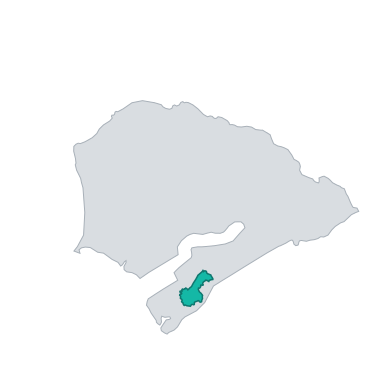 Sedhiou, Sédhiou, Senegal shown in context, rotated 328°
{"feature_id": "50182788B34006486463131", "entity_name": "Sedhiou", "entity_type": "district", "adm_level": 2, "iso_a3": "SEN", "parent_name": "Senegal", "parent_adm1": "Sédhiou", "projection": "natural_earth1", "projection_center": [-15.59, 12.794], "detail": "fine", "context": "in_parent", "style": "filled", "palette": "teal", "viewbox_px": 384, "rotation_deg": 328, "n_neighbors": 0, "source": "geoboundaries", "source_scale": "gbopen_adm2", "svg_char_len": 7646}
<svg xmlns="http://www.w3.org/2000/svg" viewBox="0 0 384 384"><g transform="rotate(328 192 192)"><path d="M284.5,176.8L288.6,184.8L287.7,188.7L286.8,194.3L289.1,198.4L291.8,201.0L293.7,203.5L295.8,206.9L296.2,213.6L295.8,218.4L297.2,220.6L298.4,223.4L298.1,225.7L297.4,227.8L294.8,230.5L294.4,235.5L298.6,241.6L301.3,244.9L301.3,246.8L302.0,248.9L304.0,251.3L305.2,250.8L306.5,248.8L307.1,247.4L310.7,248.0L312.4,248.6L314.7,252.6L315.5,255.3L316.1,258.6L318.5,262.8L320.6,265.7L321.0,267.5L322.9,270.0L321.8,275.5L321.9,278.3L320.7,285.7L320.4,289.2L320.5,290.5L323.4,293.1L323.1,296.8L320.2,296.2L315.2,295.7L305.2,297.7L301.7,296.9L295.2,297.1L290.5,298.2L284.5,300.6L279.9,300.0L277.4,298.1L274.1,298.2L270.4,297.2L266.5,295.4L262.9,294.4L259.0,291.0L257.2,290.4L255.9,291.3L254.8,292.5L253.7,293.2L251.6,292.5L250.8,290.2L251.5,288.0L251.7,286.3L250.7,285.4L248.3,285.1L244.5,285.1L238.3,284.4L236.9,284.0L223.0,283.4L208.7,283.3L196.6,283.2L181.2,283.2L170.4,283.1L160.4,283.1L152.6,287.6L144.2,292.5L132.9,295.1L119.9,294.2L115.7,294.9L111.4,297.1L108.2,298.7L103.7,299.6L97.9,298.8L95.6,299.3L94.1,297.1L92.5,293.4L93.5,290.8L97.1,289.1L102.4,286.8L105.2,288.0L106.8,288.0L107.1,286.6L106.6,285.8L102.6,283.9L100.5,281.3L98.8,282.8L97.3,286.0L96.1,286.9L94.2,287.8L93.2,285.6L92.8,283.6L93.6,282.0L93.2,272.9L93.7,268.1L93.4,263.9L96.0,261.1L98.3,259.4L107.6,259.2L116.3,259.1L124.6,259.2L133.1,259.3L134.0,250.9L136.7,250.2L140.7,249.3L148.2,248.3L156.5,247.3L158.3,245.7L159.7,242.9L160.6,240.4L162.3,239.3L164.6,240.2L167.7,241.5L170.9,243.5L174.5,245.4L176.9,246.6L182.7,249.5L192.7,253.7L200.9,255.3L210.8,252.3L217.9,250.4L218.8,246.7L217.7,243.2L212.4,240.0L205.1,240.3L202.9,241.2L199.5,242.3L197.5,242.7L194.1,242.0L189.8,239.2L187.0,236.3L183.2,235.0L178.7,233.7L171.5,227.9L167.7,226.9L164.1,226.6L157.2,227.7L150.5,230.8L147.0,237.8L140.3,237.7L126.0,237.5L112.9,237.3L102.1,237.8L101.0,232.7L98.4,228.6L94.3,225.1L93.3,221.9L94.8,219.1L98.8,216.8L99.7,215.2L97.6,215.4L94.4,216.9L92.3,217.0L92.0,212.5L88.5,206.8L84.6,197.0L80.1,193.1L76.3,185.2L72.4,182.2L68.7,180.8L65.6,181.1L64.5,184.6L60.6,179.5L65.9,177.6L77.2,171.1L90.2,152.6L101.8,130.6L103.3,125.4L104.8,121.4L105.7,112.4L107.4,107.1L108.9,106.1L110.9,101.9L113.3,94.7L116.0,90.7L119.0,90.0L121.3,90.3L123.0,91.8L127.9,92.7L136.0,93.1L142.2,92.0L146.7,89.5L152.5,88.2L159.7,88.2L163.5,87.1L163.8,85.1L164.8,84.4L166.3,85.3L167.7,84.9L169.0,83.5L170.3,83.4L171.6,84.6L177.7,85.0L188.4,84.5L198.4,88.3L207.5,96.4L212.2,101.7L212.5,104.4L214.0,107.2L216.8,109.9L219.2,110.4L221.5,108.7L223.3,108.9L224.6,111.0L227.2,111.4L230.1,110.1L232.1,110.5L232.5,111.8L233.0,112.4L234.4,112.7L236.3,114.3L238.9,118.6L241.1,124.6L242.8,132.3L245.0,136.4L247.7,137.1L249.3,138.7L249.6,140.5L250.4,141.8L251.7,142.4L254.0,142.0L256.7,144.6L259.7,150.2L260.1,152.8L259.7,154.1L259.9,155.1L261.8,156.1L263.6,157.9L265.1,160.7L268.4,163.1L273.3,165.3L276.9,168.5L279.1,172.8L283.6,176.4L284.5,176.8Z" fill="#d9dde1" stroke="#a8b0b8" stroke-width="1"/><path d="M125.3,284.1L125.5,284.1L125.9,284.1L126.1,284.2L126.5,284.4L126.7,284.6L127.0,285.3L127.2,285.6L127.4,285.7L127.8,286.1L128.0,286.3L128.2,286.5L128.6,286.8L129.1,287.1L129.3,287.3L130.0,288.0L130.3,288.0L131.0,287.6L131.3,287.5L131.4,287.4L131.8,287.3L132.0,287.2L132.6,287.4L132.9,287.7L133.0,287.8L133.4,288.3L133.8,288.6L134.1,288.6L134.4,288.5L134.6,288.3L134.7,288.1L134.8,288.0L134.8,287.9L135.0,287.6L135.4,287.1L135.5,287.1L135.8,287.0L135.8,286.9L136.0,286.9L136.3,286.8L136.6,286.8L136.9,286.9L137.0,286.9L137.4,287.0L137.6,287.1L138.1,287.3L138.3,287.3L138.5,287.3L138.8,287.3L139.3,287.3L139.5,287.3L139.8,287.5L140.0,287.7L140.1,287.8L140.2,288.0L140.1,288.4L140.1,288.7L140.2,289.1L140.3,289.3L140.6,289.7L140.8,289.9L141.0,290.0L141.4,290.1L141.5,290.1L141.8,290.1L142.0,290.1L142.2,289.9L142.4,289.7L142.6,289.4L142.9,288.9L143.3,288.7L143.8,288.3L144.3,288.1L144.4,287.9L144.5,287.8L144.6,287.6L144.9,286.9L145.0,286.7L145.6,285.8L146.2,285.3L146.2,285.2L146.2,284.8L146.0,282.7L145.9,282.3L145.8,281.9L145.6,281.5L145.4,280.7L145.4,280.3L145.4,279.9L145.5,279.6L145.5,279.3L145.5,279.2L145.6,278.9L145.7,278.0L145.8,277.7L146.1,277.5L146.2,277.4L146.3,277.3L146.4,277.2L146.5,277.0L146.6,276.9L146.7,277.0L147.0,277.2L147.2,277.4L147.5,277.5L147.9,277.5L148.1,277.4L148.8,277.1L149.1,276.9L149.3,276.8L149.5,276.4L149.7,276.2L149.8,275.8L149.9,275.7L150.0,275.6L150.3,275.7L150.7,275.9L151.1,276.3L151.3,276.5L151.5,276.6L151.8,276.8L152.1,276.8L152.3,276.7L152.4,276.3L152.3,275.9L152.3,275.7L152.6,275.3L152.8,275.0L152.9,274.9L153.4,274.7L153.9,274.4L154.1,274.4L154.3,274.3L154.5,274.3L155.0,274.3L155.5,274.4L155.8,274.2L156.0,274.2L156.3,274.2L156.5,274.1L156.7,273.9L156.8,273.9L157.0,274.0L157.2,274.3L157.3,274.4L157.3,274.5L157.6,274.5L158.0,275.0L158.2,275.3L158.3,275.6L158.3,275.9L158.4,276.1L158.6,276.6L158.8,276.8L159.0,276.6L159.2,276.4L159.7,276.3L159.8,276.2L159.9,276.3L160.2,276.2L160.4,276.2L160.7,276.2L160.9,276.2L161.0,276.3L161.4,276.4L161.4,276.5L161.5,276.5L161.9,276.7L162.0,276.7L162.3,276.6L162.5,276.7L162.5,276.8L162.8,277.1L163.1,277.1L163.3,277.2L163.4,276.9L163.6,276.7L163.8,276.4L163.8,276.1L163.8,274.5L163.8,273.9L163.8,273.4L163.8,273.0L163.9,272.7L164.0,272.3L163.9,272.2L162.3,270.0L162.2,270.0L162.0,269.8L162.0,269.7L161.9,269.4L161.8,268.9L161.6,268.7L161.6,268.3L161.7,268.0L162.0,267.3L162.1,267.1L162.0,266.8L161.9,266.5L161.9,266.4L161.6,266.2L161.4,266.1L161.5,266.0L161.4,265.9L161.2,265.8L161.0,265.6L160.8,265.5L160.6,265.5L160.4,265.4L160.2,265.3L160.0,265.2L159.9,265.1L159.7,265.1L159.7,264.9L159.6,265.0L159.6,264.9L159.4,264.9L159.2,264.8L159.2,264.6L158.8,264.8L158.7,264.8L158.4,264.9L158.2,264.9L157.9,265.0L157.7,265.0L157.4,265.1L157.2,265.1L156.7,265.2L156.4,265.2L156.3,265.3L156.1,265.3L155.9,265.3L155.7,265.4L155.3,265.4L155.1,265.4L154.8,265.5L154.5,265.5L154.4,265.6L154.2,265.6L153.4,265.6L153.2,265.7L152.9,265.8L152.6,265.9L152.4,266.1L152.2,266.2L152.0,266.4L151.8,266.4L150.8,267.1L150.6,267.2L150.4,267.2L149.3,267.9L148.0,268.5L147.5,268.8L147.1,268.9L146.3,269.3L145.6,269.6L144.6,270.1L144.2,270.4L143.7,270.6L142.4,271.4L142.2,271.5L141.8,271.8L141.6,271.9L141.1,272.0L140.6,272.0L140.2,272.1L139.8,272.1L139.1,272.2L138.8,272.3L138.5,272.4L137.6,272.6L137.4,272.6L137.0,272.7L136.8,272.8L136.6,272.8L136.6,272.3L136.6,272.1L136.5,271.9L136.5,271.7L136.4,271.2L136.2,270.9L136.1,270.7L136.0,270.4L135.9,270.2L135.7,270.1L135.5,270.4L135.3,270.4L135.1,270.5L134.9,270.5L134.6,270.3L134.6,270.2L134.4,270.1L134.2,270.1L133.9,270.2L133.8,270.3L133.4,270.3L133.2,270.2L132.9,269.8L132.6,269.3L132.5,269.2L132.4,269.2L132.0,269.4L131.8,269.5L131.6,269.6L131.4,269.7L131.3,270.1L131.3,270.3L131.3,270.6L131.2,270.6L131.0,270.8L130.6,270.6L130.2,270.3L130.1,270.1L129.5,269.8L129.3,269.8L129.1,269.9L128.9,270.2L128.8,270.5L128.8,270.9L129.0,271.3L129.3,271.6L129.6,271.8L129.6,272.0L129.6,272.3L129.5,272.6L129.3,272.8L129.1,272.8L128.9,272.9L128.7,272.9L128.3,272.8L128.2,272.8L127.9,272.6L127.8,272.4L127.5,272.4L127.3,272.5L127.2,272.6L127.0,272.8L126.9,272.9L126.9,273.1L126.8,273.3L126.9,273.5L127.1,273.9L127.1,274.2L127.1,274.4L126.9,274.7L126.7,274.9L126.6,275.2L126.4,275.3L126.2,275.5L125.9,275.8L125.8,276.2L125.9,276.7L126.2,276.9L126.3,277.2L126.4,277.6L126.4,277.8L126.4,278.0L126.3,278.3L126.2,278.5L126.1,278.8L125.8,278.9L125.6,279.1L125.3,279.2L125.1,279.5L125.2,279.9L125.1,280.2L125.2,280.5L125.4,280.8L125.6,281.0L125.5,281.3L125.4,281.7L125.4,281.9L125.3,282.0L125.2,282.3L125.2,282.5L125.1,282.9L125.1,283.1L125.1,283.4L125.2,283.5L125.3,284.1Z" fill="#14b8a6" stroke="#0f766e" stroke-width="1.5"/></g></svg>